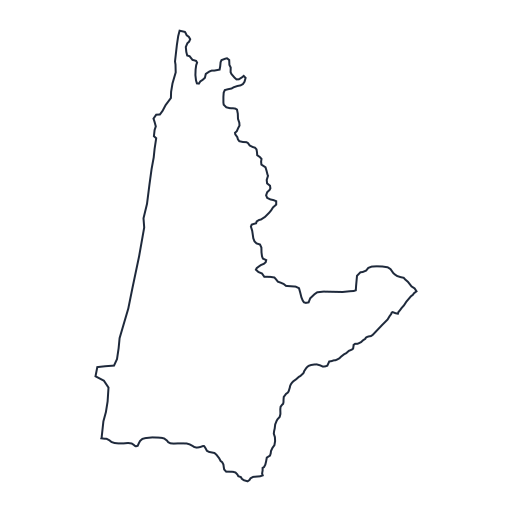 Hadera, Haifa, Israel
{"feature_id": "584046B72217003232480", "entity_name": "Hadera", "entity_type": "district", "adm_level": 2, "iso_a3": "ISR", "parent_name": "Israel", "parent_adm1": "Haifa", "projection": "orthographic", "projection_center": [35.034, 32.575], "detail": "fine", "context": "isolated", "style": "outline", "palette": "slate", "viewbox_px": 512, "rotation_deg": 0, "n_neighbors": 0, "source": "geoboundaries", "source_scale": "gbopen_adm2", "svg_char_len": 4884}
<svg xmlns="http://www.w3.org/2000/svg" viewBox="0 0 512 512"><path d="M262.7,475.4L262.1,473.5L262.6,470.5L262.6,467.9L264.0,467.1L265.3,464.7L266.1,461.4L266.8,457.6L270.0,455.6L270.7,453.4L271.0,451.0L272.5,447.8L274.4,445.2L275.1,441.1L274.9,437.1L273.8,433.7L274.1,431.1L274.7,428.5L275.2,424.4L276.6,420.9L277.5,419.3L279.7,416.9L280.4,414.0L280.4,412.9L280.3,409.2L280.6,406.7L282.3,404.5L283.1,403.9L283.5,402.1L283.5,400.6L283.6,398.7L283.8,396.8L284.7,395.7L286.0,393.9L287.7,392.7L288.5,391.6L288.9,390.5L289.6,388.2L289.9,387.2L290.0,386.3L290.8,384.4L291.9,382.8L293.3,381.3L296.1,379.3L298.9,376.8L300.4,376.0L302.3,374.2L302.8,373.8L303.7,372.7L304.1,371.3L305.8,368.7L306.2,368.1L307.5,366.7L308.8,365.8L311.1,365.0L314.3,364.5L316.7,364.4L320.0,365.3L322.9,366.6L325.2,366.4L327.3,365.7L328.6,362.9L329.2,361.5L331.6,361.1L333.6,360.4L335.6,360.2L337.4,359.4L339.4,358.3L341.0,356.7L342.4,355.6L344.2,354.2L346.2,353.2L348.9,350.8L350.2,350.3L352.0,349.5L353.1,348.6L353.5,346.1L353.6,344.9L355.1,343.8L357.4,343.8L358.7,343.3L361.1,342.1L363.0,340.3L365.3,338.8L365.8,337.7L367.2,336.9L368.8,336.4L370.9,336.1L372.7,334.9L376.3,331.1L382.1,325.0L387.6,319.5L389.5,316.3L391.2,314.0L391.7,312.6L392.6,312.1L395.5,313.2L397.9,313.7L398.4,312.1L400.0,310.2L401.6,308.0L404.0,305.3L406.4,301.6L408.2,299.5L410.9,296.3L412.9,294.8L413.9,293.3L416.5,291.3L414.6,288.4L411.5,286.4L409.8,284.2L407.9,281.8L405.1,279.4L403.7,277.8L400.5,277.1L397.1,276.0L394.9,274.5L393.3,273.1L390.5,269.1L387.7,267.3L382.4,266.5L376.7,266.3L371.7,266.6L368.3,267.9L366.1,270.6L362.7,272.0L360.4,272.3L357.0,275.8L356.1,285.7L355.8,290.3L353.7,291.0L350.3,291.2L342.5,292.0L323.5,291.6L317.2,292.3L314.5,294.2L312.1,296.5L310.2,298.3L308.6,302.4L305.8,302.9L303.9,302.3L302.7,300.5L301.4,297.3L300.2,292.5L299.0,288.2L295.6,286.6L286.0,285.9L283.7,284.0L280.5,282.6L277.9,281.7L276.0,279.3L274.4,277.5L270.5,276.9L267.1,276.8L264.3,276.8L262.0,273.5L258.4,272.0L255.9,269.7L256.7,268.1L259.1,266.3L261.0,265.0L263.9,263.8L265.7,262.2L266.2,260.1L262.9,258.6L262.0,256.3L261.5,252.4L261.4,247.6L260.0,244.5L256.5,243.4L254.5,241.4L253.3,238.3L252.6,233.5L252.2,230.8L250.9,226.6L251.7,224.6L254.5,223.7L256.1,223.3L256.7,221.4L259.0,220.0L261.0,219.5L265.0,216.9L266.6,215.3L269.2,212.7L271.1,210.4L273.0,207.4L276.2,204.6L276.2,201.2L273.5,200.1L270.3,199.4L267.2,197.9L266.1,195.3L267.2,192.2L269.6,189.9L270.4,188.3L270.0,185.7L267.1,183.4L266.7,180.0L268.0,175.8L267.5,174.6L266.6,171.0L265.5,167.3L261.4,164.6L261.1,161.7L261.5,158.9L259.8,157.0L257.2,155.2L257.0,152.3L256.5,149.4L255.0,147.7L252.7,147.0L249.7,145.5L248.0,143.1L246.5,142.2L242.9,142.0L239.3,141.2L237.9,139.3L237.3,137.1L235.3,134.4L235.0,132.8L236.8,131.2L238.3,127.8L239.5,125.6L239.3,122.7L238.0,118.9L237.8,113.7L237.0,109.6L235.3,108.6L233.2,108.3L229.9,108.2L226.3,107.3L223.7,104.7L223.4,102.5L223.4,96.8L223.7,92.6L224.8,90.1L227.7,89.3L231.6,88.5L233.6,87.3L237.4,86.0L240.5,85.4L242.9,84.1L244.5,81.8L245.6,77.9L243.7,75.9L242.2,77.2L238.9,79.3L236.5,79.4L234.5,77.6L231.5,74.1L230.6,72.2L230.7,67.5L229.4,64.9L229.2,60.0L227.0,58.3L225.3,58.7L221.5,60.1L220.6,62.2L220.2,66.3L219.6,69.6L214.3,70.6L211.7,70.6L209.4,71.5L205.8,73.9L204.9,77.8L202.6,79.9L200.3,81.4L198.9,83.6L196.9,83.4L196.0,80.4L195.4,75.1L195.6,69.4L196.2,65.1L197.1,62.6L196.1,60.9L194.2,60.3L192.5,59.9L191.0,58.0L189.6,56.2L187.2,55.5L186.3,51.9L185.8,47.0L187.4,43.2L189.1,41.7L190.2,39.2L188.8,36.8L186.7,35.3L185.6,33.0L184.9,31.9L179.6,30.7L178.2,36.1L176.9,44.8L175.0,61.4L175.5,64.6L175.7,72.4L172.5,83.4L171.1,91.8L170.9,98.0L165.6,105.1L162.6,110.8L159.9,114.5L156.2,114.7L153.5,118.6L154.6,122.0L155.8,126.4L154.6,130.0L153.9,136.2L156.2,138.2L154.6,148.8L153.7,157.5L151.6,168.9L149.5,184.2L147.0,203.9L143.5,218.3L144.2,227.5L139.1,256.3L132.5,287.7L128.3,308.5L119.6,338.1L118.6,348.4L117.0,359.1L114.0,365.6L105.6,366.2L97.3,367.1L95.5,376.3L103.9,380.7L108.5,387.6L107.6,401.5L105.9,412.1L103.4,421.3L101.6,437.8L101.4,438.3L104.3,438.7L106.6,438.8L109.4,440.3L111.5,442.0L114.5,443.0L118.3,443.4L121.0,443.4L123.7,443.4L126.8,443.1L128.2,443.0L130.3,443.3L131.7,443.5L133.7,444.8L134.8,445.8L135.9,446.3L137.7,445.8L138.9,443.1L140.1,440.9L142.4,438.9L145.4,438.1L152.3,437.4L158.6,437.6L161.9,437.9L164.2,438.5L167.0,440.6L168.2,442.2L170.4,443.3L173.7,443.6L177.9,443.4L183.0,443.4L186.7,443.5L189.7,444.4L192.7,446.0L194.2,447.0L196.6,447.6L198.4,447.4L200.3,447.0L203.1,446.0L204.1,446.1L204.9,447.2L205.8,448.7L206.9,450.8L209.0,451.9L211.0,452.3L214.5,453.0L216.5,454.8L218.2,457.0L219.2,458.3L220.6,461.0L222.2,462.2L223.4,464.5L223.8,467.3L224.2,469.5L226.2,471.7L229.6,471.7L233.0,471.8L235.5,472.5L237.4,474.5L238.3,476.2L240.3,476.9L241.1,477.3L241.7,478.7L243.8,480.2L247.6,481.3L249.5,480.0L250.5,478.3L253.1,476.9L256.4,476.6L260.1,476.3L262.7,475.4Z" fill="none" stroke="#1e293b" stroke-width="2"/></svg>